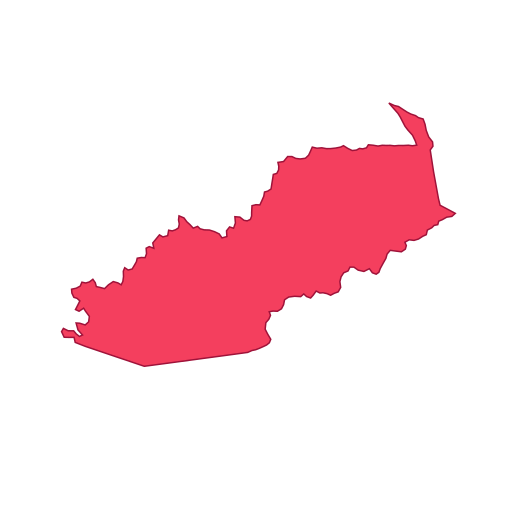 the district of Monte Alegre de Sergipe, Sergipe, Brazil, rotated 156°
{"feature_id": "56859067B92714311058260", "entity_name": "Monte Alegre de Sergipe", "entity_type": "district", "adm_level": 2, "iso_a3": "BRA", "parent_name": "Brazil", "parent_adm1": "Sergipe", "projection": "natural_earth1", "projection_center": [-37.621, -10.067], "detail": "fine", "context": "isolated", "style": "filled", "palette": "rose", "viewbox_px": 512, "rotation_deg": 156, "n_neighbors": 0, "source": "geoboundaries", "source_scale": "gbopen_adm2", "svg_char_len": 3052}
<svg xmlns="http://www.w3.org/2000/svg" viewBox="0 0 512 512"><g transform="rotate(156 256 256)"><path d="M456.3,250.6L448.6,242.8L424.2,220.3L402.9,200.7L383.3,194.9L345.8,183.9L323.7,177.4L302.8,171.3L298.1,171.3L294.4,170.5L290.7,170.3L285.7,170.3L282.5,170.4L279.1,171.3L276.4,173.9L277.1,179.9L277.4,185.4L274.1,191.1L270.0,193.0L266.9,195.9L266.6,199.7L262.9,198.8L258.9,196.8L254.2,197.4L250.6,200.3L247.7,204.4L242.8,205.2L237.1,203.5L231.7,200.7L227.8,201.9L226.3,198.4L223.2,195.4L219.6,197.0L215.3,199.5L212.7,196.2L209.8,195.2L206.4,192.7L203.8,189.8L199.7,190.1L195.5,189.8L191.4,192.9L189.8,198.5L186.7,202.4L182.7,205.0L178.0,204.9L174.7,207.6L171.1,206.0L168.4,201.5L163.7,198.0L157.6,198.3L156.5,193.3L153.6,190.5L150.4,191.1L147.6,194.0L142.9,197.6L138.3,201.0L135.5,204.4L131.1,206.6L126.9,204.0L121.5,200.7L116.8,201.5L114.4,204.4L114.4,208.0L109.5,208.5L105.3,206.0L100.6,205.4L95.6,206.2L91.8,206.2L88.9,210.0L84.0,210.3L80.8,211.5L77.2,210.7L74.9,213.5L71.0,213.4L66.0,213.9L61.0,212.5L56.6,213.9L67.2,227.5L66.0,234.1L59.5,260.8L53.7,282.0L49.7,284.3L48.3,288.4L49.8,294.5L49.4,301.5L48.0,307.6L47.6,313.2L51.4,316.4L53.1,319.3L56.9,322.8L59.6,326.2L62.5,330.7L65.0,334.6L68.3,337.1L72.4,341.7L69.9,333.6L68.3,328.5L67.7,324.2L67.5,320.3L67.1,313.8L66.0,309.2L63.9,302.7L63.7,296.4L64.1,291.9L68.3,293.1L71.7,295.2L76.4,297.0L80.8,299.0L84.7,300.3L88.4,302.5L91.8,303.9L95.6,305.8L99.8,306.8L104.0,309.6L108.1,311.9L111.1,309.9L115.0,310.5L117.7,312.2L121.1,311.9L125.2,313.2L128.4,317.0L131.2,321.2L134.4,321.1L139.3,322.2L144.2,323.8L147.9,325.4L151.9,328.1L156.5,329.7L160.3,332.6L163.7,329.5L166.9,326.7L171.1,325.2L176.2,326.7L180.0,329.0L182.7,332.2L186.6,334.0L192.4,331.1L197.9,332.6L198.7,328.7L200.4,325.4L203.4,323.0L207.0,323.5L208.9,320.5L211.4,316.7L215.0,311.1L219.0,310.5L222.2,311.0L224.6,307.4L228.1,304.2L231.7,301.1L235.2,302.9L239.2,303.6L242.3,297.5L243.8,294.2L246.3,291.7L249.8,291.7L252.5,293.5L254.9,298.1L259.3,300.5L261.4,294.5L265.2,290.5L268.3,293.3L272.7,291.0L274.7,285.6L279.7,286.4L280.6,291.1L284.0,295.1L288.0,298.7L292.6,300.9L296.0,303.6L297.3,306.8L302.0,307.0L303.6,311.6L305.3,315.5L306.3,320.1L310.0,324.0L312.1,320.5L313.1,316.4L315.4,313.2L318.9,312.7L322.3,313.0L325.3,315.1L328.4,310.5L333.3,311.3L335.6,314.6L338.6,313.1L341.6,311.6L345.0,309.9L346.2,304.6L349.7,308.0L353.2,307.8L355.1,302.6L358.0,299.6L361.4,301.3L365.4,302.3L367.6,299.4L370.6,297.2L374.4,294.5L378.5,295.2L380.7,298.7L383.4,296.1L385.4,291.1L388.0,286.9L390.9,284.5L393.1,287.6L396.8,290.7L402.5,289.7L407.6,287.8L411.2,290.7L414.3,293.0L413.7,297.0L414.5,301.1L418.7,300.1L422.5,300.6L425.7,302.9L428.8,300.0L433.3,299.7L438.0,300.7L439.3,297.0L439.2,292.3L436.7,290.1L435.2,286.6L438.7,283.7L442.7,280.5L440.1,277.5L434.7,278.4L434.2,274.9L432.8,268.6L435.7,263.9L440.1,262.5L444.4,266.3L447.6,268.0L448.7,260.8L446.6,254.4L450.0,254.3L451.9,257.9L453.0,261.8L458.0,264.1L461.4,268.2L464.4,266.0L464.3,259.8L459.7,257.6L455.3,255.7L456.3,250.6Z" fill="#f43f5e" stroke="#9f1239" stroke-width="1.5"/></g></svg>